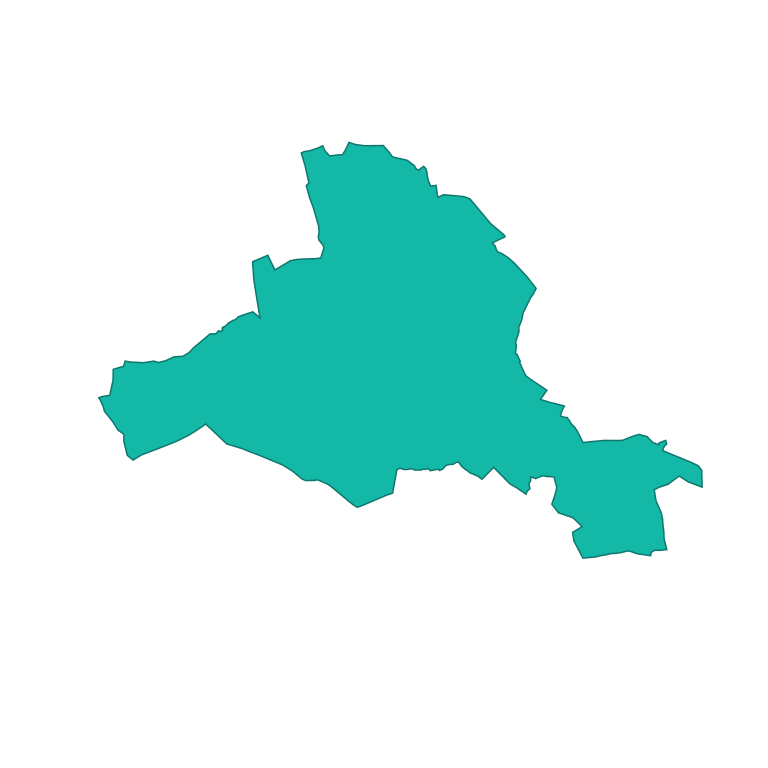 the district of Batagarawa, Katsina, Nigeria, rotated 72°
{"feature_id": "59680162B37340403082689", "entity_name": "Batagarawa", "entity_type": "district", "adm_level": 2, "iso_a3": "NGA", "parent_name": "Nigeria", "parent_adm1": "Katsina", "projection": "robinson", "projection_center": [7.596, 12.868], "detail": "fine", "context": "isolated", "style": "filled", "palette": "teal", "viewbox_px": 768, "rotation_deg": 72, "n_neighbors": 0, "source": "geoboundaries", "source_scale": "gbopen_adm2", "svg_char_len": 4202}
<svg xmlns="http://www.w3.org/2000/svg" viewBox="0 0 768 768"><g transform="rotate(72 384 384)"><path d="M143.4,342.7L149.6,348.5L153.3,352.9L152.0,356.3L150.3,365.3L143.6,368.2L138.5,368.7L139.2,374.5L139.2,382.7L138.3,388.3L138.8,391.3L151.9,391.6L169.7,393.3L171.2,396.6L183.6,397.2L194.6,396.7L213.7,397.4L219.6,398.8L223.8,401.1L227.0,401.4L232.7,399.3L235.7,398.9L242.0,403.4L244.6,405.1L243.5,411.0L241.0,419.3L238.8,427.5L237.7,435.4L238.1,436.0L241.8,452.5L225.7,454.7L227.1,471.2L244.8,475.6L261.7,478.3L282.7,481.5L274.7,486.6L275.0,488.7L274.8,490.7L274.8,493.7L274.9,496.1L274.8,498.1L275.1,500.5L275.1,502.3L276.2,503.6L276.9,506.0L276.8,507.9L277.2,509.6L277.6,511.5L278.2,513.9L279.1,514.8L280.0,517.3L280.3,518.4L280.1,519.4L280.8,520.7L282.8,520.6L283.1,521.8L283.7,522.7L283.3,523.4L282.3,524.7L282.5,525.7L283.6,527.0L284.3,528.4L282.6,533.8L290.8,554.2L293.9,559.7L295.5,566.8L293.3,575.1L294.4,585.0L293.9,591.7L291.1,595.9L290.1,602.1L289.4,606.4L286.2,614.4L285.5,616.7L282.2,623.2L285.4,625.3L286.9,626.6L286.6,627.8L286.4,637.0L296.6,640.5L310.0,648.3L308.8,656.2L308.9,659.5L313.0,658.6L319.9,658.0L323.5,658.3L329.9,655.9L337.4,653.2L345.6,651.3L351.4,646.9L358.4,649.2L372.5,650.2L378.8,646.2L376.5,636.7L375.7,619.9L374.4,599.0L372.5,586.2L370.8,578.9L367.7,568.1L366.9,566.0L392.5,552.0L401.5,539.0L407.6,531.8L412.8,525.2L429.9,505.2L438.5,498.0L449.3,491.1L451.7,488.2L453.0,483.9L453.7,481.6L454.3,479.5L454.6,476.8L459.7,470.9L461.1,469.3L464.4,466.5L485.2,453.4L489.3,450.6L493.0,447.6L492.8,441.5L491.6,428.0L490.5,416.2L490.5,409.6L469.5,398.2L469.1,394.5L470.7,392.7L472.1,390.0L473.0,384.8L473.1,383.9L475.4,381.2L476.6,377.2L477.3,375.2L477.1,372.9L478.1,370.9L478.0,368.1L480.7,366.8L481.9,358.3L483.4,357.9L483.1,354.7L480.5,349.9L480.9,345.9L481.8,343.6L480.9,339.5L481.2,337.4L486.4,335.5L490.6,333.0L491.6,331.8L495.1,329.7L500.6,323.2L504.9,320.3L497.2,305.5L517.9,295.1L523.7,289.9L532.7,283.0L530.1,280.9L528.9,277.8L527.7,277.3L525.5,277.3L523.4,276.9L521.7,274.6L517.7,273.2L520.9,268.9L520.7,267.6L520.3,264.0L520.5,262.6L520.6,260.1L521.8,258.8L524.9,251.0L535.9,251.7L542.4,255.7L550.1,261.5L551.7,261.0L560.4,257.9L564.4,252.5L566.4,249.9L567.9,247.8L569.2,246.3L570.6,245.1L572.4,244.1L574.5,242.9L578.4,240.9L580.9,239.8L583.4,250.5L591.9,251.9L611.1,248.6L614.0,235.5L614.2,230.9L615.2,224.8L615.4,220.7L616.7,215.7L617.6,210.7L618.1,203.6L619.8,200.7L621.9,198.1L622.8,197.0L624.9,193.4L626.7,189.4L629.7,183.6L626.7,181.8L625.7,177.9L627.4,173.3L628.9,166.2L617.9,165.5L610.9,163.5L604.4,162.3L598.6,160.8L592.8,160.1L579.1,161.4L568.2,159.7L567.9,158.0L567.2,154.4L567.2,144.8L562.7,131.7L571.1,124.9L580.4,113.3L564.2,108.5L558.9,110.4L553.6,115.9L533.4,139.7L530.9,137.7L530.2,136.9L529.7,136.5L529.5,136.1L528.7,134.4L528.4,133.7L524.7,133.5L524.7,134.8L525.0,140.5L526.8,141.5L525.8,142.4L525.1,143.5L524.2,144.3L523.7,145.1L523.3,146.0L521.1,147.3L519.9,147.8L518.5,148.7L515.3,150.0L512.8,154.0L510.7,157.4L510.6,161.0L510.7,166.4L511.3,174.2L510.4,177.7L505.6,192.4L504.1,199.2L503.1,203.6L502.6,206.0L501.2,212.8L496.2,213.6L490.4,214.5L488.9,214.6L483.9,216.1L479.7,218.2L476.5,218.9L474.1,219.7L472.2,220.4L472.4,221.2L472.2,221.4L468.9,226.3L463.9,222.5L462.3,220.9L460.8,219.3L460.2,220.0L458.8,222.2L457.6,224.1L455.0,228.2L453.0,231.6L447.1,240.0L442.9,234.5L440.3,231.0L433.4,236.4L426.7,241.8L423.3,244.3L420.8,246.0L419.5,246.7L410.2,247.8L404.9,248.4L404.8,247.4L396.7,248.4L395.4,249.6L388.8,246.3L384.6,245.9L383.1,244.4L382.3,244.3L379.8,242.0L375.4,239.2L371.8,238.4L368.7,235.7L365.3,233.0L359.4,229.8L355.3,225.7L347.4,218.1L345.0,214.8L340.2,209.8L326.7,214.6L309.1,222.8L302.0,227.0L296.1,231.8L293.9,234.7L291.7,235.6L287.3,235.6L283.2,237.3L281.4,223.4L279.6,223.6L264.3,233.1L241.5,242.2L234.4,245.1L230.5,250.0L222.4,268.7L223.1,275.1L220.3,274.8L211.2,273.1L210.3,278.4L205.6,278.9L203.1,279.0L201.3,278.7L198.3,278.2L195.7,277.7L192.2,277.7L189.3,279.0L190.4,282.7L191.5,284.6L190.8,285.5L189.8,286.6L188.9,287.1L185.8,287.6L180.8,291.1L178.9,292.4L177.9,293.6L174.4,299.5L170.6,305.7L165.2,307.5L157.0,311.0L151.4,328.8L147.7,336.7L143.4,342.7Z" fill="#14b8a6" stroke="#0f766e" stroke-width="1.5"/></g></svg>